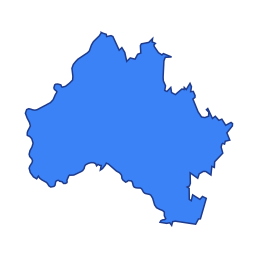 Luxembourg, Natural Earth projection, rotated 96°
{"feature_id": "BEL-3477", "entity_name": "Luxembourg", "entity_type": "Province", "adm_level": 1, "iso_a3": "BEL", "parent_name": "Belgium", "parent_adm1": "", "projection": "natural_earth1", "projection_center": [5.558, 49.963], "detail": "fine", "context": "isolated", "style": "filled", "palette": "blue", "viewbox_px": 256, "rotation_deg": 96, "n_neighbors": 0, "source": "natural_earth", "source_scale": "10m", "svg_char_len": 2938}
<svg xmlns="http://www.w3.org/2000/svg" viewBox="0 0 256 256"><g transform="rotate(96 128 128)"><path d="M74.5,190.0L70.5,189.0L67.4,187.0L64.8,185.0L57.4,176.1L55.4,174.5L49.2,173.0L45.7,171.4L39.3,166.1L36.2,164.6L35.7,164.7L36.3,163.1L37.1,159.4L39.3,158.8L37.9,154.6L38.6,152.6L51.6,144.9L48.7,142.5L53.2,139.1L61.9,136.2L58.1,133.1L58.8,128.2L53.7,126.1L52.1,123.1L44.8,124.3L42.9,123.5L40.7,116.3L36.5,112.9L39.8,113.0L41.0,109.6L42.6,110.9L44.3,110.4L49.9,105.6L51.8,101.9L50.3,100.6L52.8,92.1L53.8,98.3L57.5,99.3L73.7,98.4L77.4,97.8L82.1,95.1L86.8,95.4L87.6,93.1L83.2,89.7L88.2,88.4L89.8,84.4L83.6,78.5L83.9,76.3L81.8,76.3L83.7,74.1L77.1,71.0L80.3,69.2L85.3,69.5L84.8,66.9L88.7,64.7L90.6,64.6L92.4,66.5L104.6,60.0L109.4,56.0L109.6,52.6L107.8,49.1L103.8,49.3L101.6,51.9L100.3,50.7L109.7,45.0L107.2,42.4L110.9,38.4L109.4,35.6L115.1,31.1L111.7,26.1L112.7,24.5L115.0,24.4L122.5,29.2L129.4,25.5L131.0,29.9L133.9,30.3L133.4,32.3L134.4,33.0L137.2,33.4L143.1,31.1L152.5,38.3L158.2,38.0L157.4,40.6L166.1,40.6L163.1,46.1L163.3,48.6L166.1,52.4L170.7,53.4L166.1,61.5L176.5,60.2L179.3,60.9L180.5,63.0L181.6,60.9L192.6,59.6L193.7,57.5L187.7,56.7L191.5,49.0L188.3,46.8L189.8,42.8L210.8,46.5L211.1,48.4L216.6,50.7L215.7,71.3L216.5,73.8L220.3,74.4L217.9,76.6L218.6,79.0L218.8,79.5L218.4,86.3L216.9,85.7L215.8,84.1L215.3,82.0L214.2,81.0L211.5,82.7L207.8,83.1L206.4,85.1L205.6,88.1L204.3,91.3L201.7,93.5L195.3,96.1L192.4,98.3L191.8,99.7L191.4,103.3L191.0,104.8L190.0,106.0L187.4,107.8L186.4,109.2L186.6,111.8L186.6,113.8L186.2,115.6L184.9,116.7L181.4,118.0L180.3,119.1L180.2,122.2L181.4,123.4L182.1,124.7L180.2,127.7L178.7,128.8L176.2,129.3L175.0,130.0L173.6,131.5L173.0,132.6L172.6,133.7L171.9,135.2L165.9,143.7L165.2,145.9L167.2,146.7L171.0,149.1L172.7,151.1L168.1,150.7L168.1,152.0L167.9,152.7L167.6,153.2L167.3,154.0L168.9,155.3L166.9,156.4L166.1,158.5L166.3,161.2L167.4,163.9L169.2,166.5L171.0,167.2L172.9,167.4L175.1,168.6L176.2,170.0L180.3,176.7L180.6,177.7L181.0,180.8L180.9,181.3L182.0,182.0L184.4,182.7L185.5,183.1L186.4,183.3L187.5,183.0L188.7,183.0L189.7,184.4L189.7,184.9L189.9,186.1L189.3,187.0L188.4,187.8L188.2,189.0L188.1,190.4L187.6,191.1L187.3,191.9L187.9,193.6L189.1,194.3L192.6,194.6L193.8,195.5L194.8,198.7L193.8,200.6L192.1,201.9L190.7,203.3L188.5,208.4L187.1,210.6L185.2,212.1L188.1,213.5L186.5,216.9L182.5,220.5L178.4,222.1L176.4,221.7L172.5,219.8L170.7,219.5L168.8,220.4L166.6,222.8L164.4,223.6L160.7,223.1L156.9,221.5L153.0,220.8L148.7,222.6L146.6,225.0L146.2,226.6L145.7,227.5L143.1,227.7L141.6,227.4L136.2,225.3L132.9,226.5L128.5,229.4L124.0,231.6L120.3,230.7L119.2,228.8L119.4,226.8L119.9,224.7L120.0,222.4L119.3,220.3L110.9,207.8L109.0,206.4L107.7,205.4L102.3,203.7L100.3,202.7L99.2,202.6L98.6,203.2L97.9,204.4L96.9,205.5L95.7,205.9L92.8,205.4L92.0,204.5L91.6,202.5L92.1,199.3L93.5,198.6L94.3,197.8L93.1,194.5L89.7,191.0L86.1,188.1L82.4,188.2L74.5,190.0Z" fill="#3b82f6" stroke="#1e3a8a" stroke-width="1.5"/></g></svg>